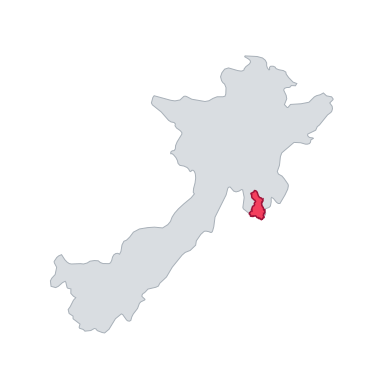 location of Xamtay, Houaphan, Laos, rotated 82°
{"feature_id": "54806243B53408209397741", "entity_name": "Xamtay", "entity_type": "district", "adm_level": 2, "iso_a3": "LAO", "parent_name": "Laos", "parent_adm1": "Houaphan", "projection": "mercator", "projection_center": [104.808, 19.985], "detail": "fine", "context": "in_parent", "style": "filled", "palette": "rose", "viewbox_px": 384, "rotation_deg": 82, "n_neighbors": 0, "source": "geoboundaries", "source_scale": "gbopen_adm2", "svg_char_len": 7159}
<svg xmlns="http://www.w3.org/2000/svg" viewBox="0 0 384 384"><g transform="rotate(82 192 192)"><path d="M132.6,43.5L134.5,47.0L143.3,56.4L144.8,58.9L148.0,60.9L150.7,69.2L151.8,69.7L153.3,69.1L154.4,67.9L155.3,64.7L155.9,64.4L156.9,67.0L159.3,67.8L160.4,69.0L160.7,71.0L160.4,73.0L158.3,77.7L157.1,84.1L165.7,97.6L169.2,99.5L177.8,101.7L183.6,104.7L186.3,103.9L188.8,100.6L191.9,98.7L197.7,95.8L199.3,95.7L202.5,96.8L207.7,100.2L215.6,106.5L215.4,108.2L213.9,109.8L209.7,112.3L208.4,113.9L209.2,114.5L212.7,114.9L216.8,116.3L218.1,118.0L218.8,121.7L219.5,122.4L223.4,122.0L224.6,122.5L226.0,123.7L227.3,126.8L227.3,129.1L223.5,133.2L223.0,135.7L221.0,138.6L215.8,143.5L214.4,143.8L204.7,141.1L197.0,141.5L196.4,142.5L197.7,145.4L198.0,148.4L196.9,150.6L192.4,153.5L192.3,154.7L193.2,156.0L199.6,158.6L220.1,172.7L229.5,175.3L233.6,177.1L234.7,178.1L234.6,179.3L233.6,180.9L232.7,183.6L232.6,185.3L233.6,186.9L235.2,189.2L241.0,194.5L245.2,195.8L249.6,201.9L250.9,207.2L253.1,210.6L263.7,222.0L272.6,229.1L277.9,236.6L280.5,238.4L281.3,241.1L282.0,249.1L285.1,253.0L285.7,254.6L287.0,255.8L288.5,256.1L291.7,253.5L292.3,253.8L293.7,258.0L295.0,259.6L299.7,262.1L304.7,267.2L307.3,269.0L310.7,270.5L311.2,272.1L310.6,273.7L309.5,274.7L303.7,277.7L302.9,278.9L306.8,285.4L316.4,293.3L319.4,298.1L318.7,300.4L316.1,305.1L314.1,306.3L313.6,307.8L315.1,311.5L314.9,317.4L313.0,318.8L311.3,322.3L310.2,322.6L307.2,321.3L301.0,327.4L298.3,327.1L295.2,330.6L291.2,331.0L288.5,328.5L282.6,324.4L280.5,321.8L278.6,324.0L275.5,326.1L271.1,325.4L270.0,328.4L269.1,329.0L263.8,329.5L262.8,330.0L263.7,332.8L266.8,337.5L267.7,340.3L265.8,344.7L260.3,344.6L257.8,342.8L254.7,339.0L247.7,336.5L243.0,338.2L241.6,338.2L238.0,335.0L236.7,332.9L235.9,329.9L241.3,327.4L244.0,325.5L245.8,323.5L246.5,321.4L247.4,312.5L248.2,309.4L247.7,305.6L246.3,302.6L246.3,298.1L247.1,294.4L249.1,292.6L250.5,290.0L251.4,284.0L250.7,282.5L248.7,281.1L245.3,279.7L243.2,278.0L242.3,275.9L242.4,274.0L243.5,272.4L240.9,270.6L234.7,268.7L231.3,266.3L230.6,263.6L228.0,260.0L223.6,255.6L221.3,249.2L221.1,240.8L221.6,234.0L223.5,226.1L220.9,220.4L218.1,217.4L214.1,215.2L210.4,212.0L206.8,207.8L202.6,201.7L197.6,193.6L194.2,189.9L192.5,190.8L188.9,190.0L183.4,187.7L178.6,186.4L174.5,186.2L171.9,186.8L170.6,188.0L170.5,189.2L171.6,190.4L171.0,191.4L168.9,192.1L167.1,193.4L165.2,196.4L163.9,200.3L161.8,201.8L158.7,202.1L155.6,203.2L152.6,205.1L151.1,206.6L151.3,207.5L150.6,207.8L149.2,207.2L148.5,205.9L148.5,203.9L147.0,202.5L143.8,201.8L140.2,199.7L133.3,194.0L131.7,193.8L129.5,195.2L126.5,198.4L124.1,199.6L122.2,199.0L120.7,200.1L119.7,203.0L117.8,205.2L108.5,211.3L100.2,219.1L98.1,219.8L93.0,217.6L91.4,216.1L98.3,200.1L99.4,196.2L99.2,191.1L96.2,186.8L96.1,185.6L96.6,184.2L100.1,179.3L104.2,166.5L104.0,162.5L102.2,158.1L101.2,153.9L102.0,148.2L101.7,146.0L99.7,144.9L93.4,143.8L89.7,144.7L88.0,146.2L85.9,147.2L81.9,147.7L78.1,145.8L74.9,142.6L74.2,138.6L78.1,129.9L79.1,126.6L79.0,125.0L78.3,123.4L77.3,123.2L75.3,121.1L73.3,117.5L71.5,115.9L69.7,116.2L68.1,117.6L65.4,121.0L64.6,120.5L66.9,108.6L69.1,103.5L71.7,101.1L74.5,100.1L77.4,100.5L79.8,100.0L81.8,98.8L81.6,98.1L79.3,97.9L78.4,96.5L78.8,94.0L79.9,92.3L81.5,91.6L83.0,89.0L84.5,84.6L86.3,82.4L88.4,82.3L92.1,80.4L97.2,76.7L99.2,73.1L101.2,74.8L100.4,78.9L101.5,79.8L102.0,81.3L101.7,83.6L102.1,85.6L102.9,86.6L104.0,87.0L109.5,85.3L112.9,85.2L118.3,88.3L121.6,86.0L121.6,85.1L119.0,82.3L119.8,71.7L119.4,63.7L114.9,57.7L114.0,55.4L113.5,51.4L112.2,48.1L115.5,45.4L117.2,40.5L119.5,39.3L120.2,39.5L123.0,43.2L126.5,41.3L129.1,41.3L131.4,42.3L132.6,43.5Z" fill="#d9dde1" stroke="#a8b0b8" stroke-width="1"/><path d="M200.8,131.5L201.5,133.6L201.8,133.6L202.0,133.8L202.1,133.7L202.5,133.6L202.6,133.4L202.9,133.3L203.0,133.2L203.4,133.4L203.9,133.5L204.4,133.5L205.1,133.5L205.6,133.5L206.0,133.4L206.8,132.9L206.9,132.6L207.5,132.3L208.1,131.8L208.5,131.6L208.8,131.1L209.1,130.7L209.9,130.5L210.4,130.4L210.5,130.5L210.9,130.9L211.0,131.2L211.8,131.9L212.2,131.9L212.6,131.9L212.9,131.9L213.1,131.9L213.4,131.8L213.6,132.1L213.9,132.3L214.2,132.5L214.4,133.3L214.5,133.7L214.7,134.0L215.2,134.3L215.4,134.4L215.7,134.4L215.8,134.5L216.0,134.7L216.3,134.7L216.6,134.9L216.8,135.0L217.1,135.1L217.2,135.3L217.4,135.5L217.5,135.5L217.6,135.3L217.8,135.1L218.1,135.1L218.3,135.1L218.5,135.2L219.0,135.3L218.9,135.4L219.0,135.5L219.1,135.9L219.1,136.0L219.3,136.4L219.4,136.5L219.5,136.6L219.9,136.9L220.1,137.1L220.3,137.3L220.3,137.5L220.5,137.9L220.9,137.9L221.0,137.9L221.2,138.1L221.4,138.1L221.5,138.2L221.7,138.3L221.8,138.3L221.9,138.2L221.7,138.0L221.7,137.9L221.8,137.9L222.1,137.9L222.4,137.5L222.6,137.5L222.9,137.3L223.1,137.5L223.3,137.5L223.4,137.4L223.5,137.5L223.8,137.5L223.9,137.4L224.0,137.3L224.2,137.2L224.2,136.9L224.3,136.7L224.2,136.6L224.2,136.4L224.2,136.2L224.3,135.9L224.6,135.7L224.6,135.4L224.4,135.2L224.2,135.2L224.1,134.9L224.3,134.8L224.5,134.8L224.5,134.6L224.7,134.4L224.6,134.2L224.4,134.0L224.4,133.9L224.4,133.7L224.5,133.5L224.5,133.4L224.5,133.2L224.5,132.9L224.4,132.8L224.4,132.7L224.5,132.6L224.5,132.4L224.7,132.2L224.8,132.1L224.9,131.9L225.0,131.8L225.1,131.7L225.3,131.7L225.5,131.6L225.8,131.5L226.0,131.4L226.3,131.1L226.5,131.0L226.6,130.7L226.7,130.4L226.7,130.2L226.8,130.2L227.1,129.9L226.9,129.9L226.7,129.8L226.8,129.7L227.0,129.5L227.0,129.4L227.0,129.2L227.3,128.9L227.3,128.7L227.5,128.4L227.8,128.3L227.8,128.2L228.0,128.2L228.3,128.0L228.4,127.9L228.5,127.8L228.6,127.6L228.8,127.5L228.8,127.4L228.9,127.0L228.9,126.9L229.0,126.9L229.1,126.7L229.3,126.6L229.4,126.4L229.5,126.4L229.3,126.4L229.1,126.3L228.9,126.2L228.8,126.3L228.7,126.2L228.4,126.1L228.4,125.8L228.3,125.7L228.1,125.7L228.0,125.4L227.9,125.4L227.6,125.3L227.5,125.2L227.4,125.1L227.2,124.9L227.1,124.7L227.3,124.4L227.3,124.2L227.0,124.1L226.8,124.2L226.7,124.2L226.7,124.3L226.3,124.5L226.1,124.5L225.9,124.5L225.7,124.6L225.4,124.6L225.0,124.7L224.9,124.6L224.7,124.5L224.6,124.4L224.4,124.4L224.2,124.2L223.8,124.0L223.7,124.0L223.8,123.9L223.7,123.8L223.7,123.7L223.4,123.6L223.2,123.4L223.0,123.2L222.9,123.2L222.7,123.0L222.6,122.9L222.4,122.8L222.2,122.8L222.2,122.7L221.9,122.6L221.6,122.6L221.4,122.6L221.1,122.6L220.9,122.6L220.7,122.5L220.4,122.6L220.2,122.6L220.1,122.4L219.9,122.4L219.7,122.3L219.5,122.5L219.4,122.6L219.4,122.9L219.6,123.1L219.8,123.4L219.7,123.5L219.2,123.6L218.4,123.5L217.4,123.6L217.1,123.9L216.9,123.9L216.6,124.1L216.4,124.2L216.1,124.1L215.4,124.5L215.2,124.8L214.8,124.7L214.2,124.6L213.9,124.7L213.7,124.7L213.3,124.7L213.0,124.7L212.7,124.7L212.4,124.6L212.3,124.3L212.3,124.1L212.2,124.0L211.7,124.0L211.4,124.1L211.2,123.9L211.1,123.7L211.1,123.3L210.4,122.9L210.0,122.9L209.0,122.7L209.1,122.9L209.1,123.1L208.8,123.4L208.6,123.6L208.2,123.7L207.9,123.9L207.8,124.0L207.6,124.3L207.1,125.3L206.8,125.8L206.6,126.0L206.0,126.3L205.5,126.6L205.0,126.8L203.1,127.2L202.4,127.3L202.0,127.4L201.6,127.4L201.4,127.4L201.2,127.6L200.9,127.8L200.6,127.9L200.2,128.1L200.0,128.4L199.6,128.8L199.5,129.1L199.4,129.4L199.3,129.7L199.3,130.0L199.7,130.2L199.8,130.3L200.4,130.6L200.6,131.3L200.8,131.5Z" fill="#f43f5e" stroke="#9f1239" stroke-width="1.5"/></g></svg>